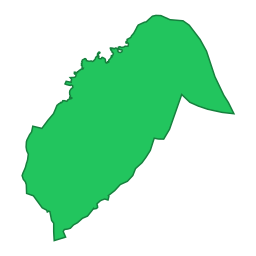 outline of Mobbar, Borno, Nigeria
{"feature_id": "59680162B87872962443621", "entity_name": "Mobbar", "entity_type": "district", "adm_level": 2, "iso_a3": "NGA", "parent_name": "Nigeria", "parent_adm1": "Borno", "projection": "mercator", "projection_center": [12.643, 13.067], "detail": "fine", "context": "isolated", "style": "filled", "palette": "green", "viewbox_px": 256, "rotation_deg": 0, "n_neighbors": 0, "source": "geoboundaries", "source_scale": "gbopen_adm2", "svg_char_len": 4866}
<svg xmlns="http://www.w3.org/2000/svg" viewBox="0 0 256 256"><path d="M163.7,139.1L169.5,129.3L173.8,117.0L181.7,94.5L189.9,102.3L198.4,106.1L207.9,109.3L222.2,112.4L233.9,113.7L228.4,102.6L223.8,95.3L214.9,76.7L206.5,51.2L200.1,39.5L189.2,25.2L183.0,20.8L170.0,19.7L160.9,15.6L155.9,15.4L152.4,16.2L149.5,18.8L146.2,21.9L144.4,22.2L138.3,25.0L137.4,26.4L136.9,27.1L136.7,27.7L135.8,29.5L133.7,33.3L131.6,35.7L130.7,37.5L127.1,39.4L127.2,39.8L127.3,40.2L127.2,40.6L127.1,40.9L126.8,41.1L126.6,41.2L126.4,41.4L126.1,41.5L126.1,41.8L126.1,42.0L126.0,42.4L126.0,42.6L125.9,42.8L126.1,43.0L126.5,43.1L126.8,43.1L127.1,42.7L127.5,42.6L127.7,42.8L127.9,43.0L128.1,43.4L128.4,43.6L128.4,44.4L128.3,45.2L128.1,45.8L128.0,46.2L126.9,46.3L125.1,46.2L123.8,47.1L121.9,47.4L121.4,47.3L121.0,47.3L120.4,47.0L119.9,46.7L119.3,46.9L119.1,47.0L118.9,47.0L118.6,47.1L118.4,47.2L118.4,47.5L118.3,47.8L118.5,48.2L118.6,48.6L119.1,49.2L120.0,49.7L120.5,49.8L121.1,49.7L121.5,49.8L121.8,49.8L121.9,50.0L122.0,50.1L122.1,50.3L122.1,50.5L122.2,50.8L122.1,51.1L122.0,51.4L121.9,51.6L121.7,51.8L121.3,52.1L120.9,52.3L120.6,52.4L120.4,52.5L120.3,52.4L120.1,52.4L119.7,52.4L119.2,52.3L118.9,52.3L118.6,52.1L118.2,51.7L117.9,51.4L117.8,51.2L117.8,50.8L118.0,50.6L118.0,50.3L117.9,50.0L117.9,49.7L117.7,49.4L117.4,49.1L117.1,48.9L117.0,48.6L116.8,48.4L116.5,48.2L116.3,48.1L116.0,48.1L115.8,48.0L115.5,48.0L115.2,48.1L114.5,48.7L113.9,48.8L113.3,48.3L112.2,48.1L111.9,48.1L112.0,48.3L112.1,48.6L111.8,48.8L111.4,49.0L111.2,48.9L111.2,48.5L111.2,48.1L110.9,47.9L110.5,48.0L110.3,48.1L110.4,48.6L110.7,49.4L110.9,49.9L111.1,50.4L111.6,50.9L112.0,51.4L112.2,51.8L112.2,52.3L112.5,52.4L112.8,52.5L113.0,53.0L113.2,53.3L113.4,53.7L113.1,54.5L112.8,55.0L112.5,55.5L112.2,55.6L111.8,55.6L111.5,55.6L111.4,55.8L111.2,56.2L111.3,56.4L111.6,56.3L111.8,56.1L112.0,56.2L112.0,56.4L111.9,57.0L111.7,57.2L111.1,57.4L110.6,58.1L110.0,59.0L109.5,59.4L108.8,60.1L108.7,61.0L108.8,61.7L108.7,62.1L108.4,62.3L108.2,62.3L108.1,62.1L107.8,61.7L107.5,61.7L107.3,62.0L107.6,62.4L107.6,62.6L107.1,62.9L106.5,63.1L106.1,62.9L105.7,62.4L105.4,61.8L105.4,61.4L105.5,60.8L105.3,60.3L105.4,59.9L105.2,59.2L104.7,58.6L103.9,58.2L103.2,57.8L102.9,57.6L102.6,57.4L102.2,57.4L101.8,57.5L101.7,57.6L101.5,58.0L101.4,58.4L101.0,58.7L100.0,58.8L99.2,58.4L98.6,58.2L98.4,57.3L98.2,56.8L98.4,56.5L98.6,56.8L98.9,56.7L98.9,56.4L98.8,56.1L98.4,55.4L98.4,55.0L98.2,54.5L98.2,54.3L98.3,54.1L98.5,54.1L98.6,53.9L98.6,53.7L98.8,53.4L99.3,53.3L99.3,53.2L99.6,53.2L99.9,52.9L99.9,52.4L99.4,52.1L98.7,52.2L98.4,52.5L97.5,53.9L97.5,55.4L97.1,56.2L96.2,56.8L95.5,57.9L95.3,58.7L95.2,59.2L94.2,60.2L94.2,60.3L94.0,60.5L93.8,60.6L93.6,60.9L93.4,61.0L93.2,61.1L93.0,61.3L92.2,61.5L91.9,61.2L91.0,60.9L90.4,61.2L89.1,61.2L88.6,61.2L87.6,60.9L86.5,60.6L86.4,60.6L86.4,60.0L86.1,59.3L85.5,58.7L84.6,58.7L84.0,59.3L83.6,59.3L83.0,59.7L82.4,60.0L82.1,60.9L81.8,61.5L82.1,62.2L82.1,62.8L81.8,63.4L81.5,63.4L81.5,64.1L81.5,64.4L81.8,64.7L81.5,65.3L82.1,65.6L82.1,67.8L82.7,68.2L83.3,68.2L83.0,68.8L82.7,69.1L82.2,69.1L81.2,69.1L80.6,69.7L80.0,70.1L79.7,70.1L79.3,70.4L79.0,70.7L78.6,71.1L78.4,71.3L78.4,71.6L77.5,71.7L77.3,72.2L77.1,72.6L76.9,73.0L76.2,72.9L75.7,72.3L74.4,72.2L74.3,73.6L74.7,74.1L75.5,74.0L75.8,74.3L76.0,74.9L76.0,75.4L75.7,76.3L75.1,77.0L74.7,77.3L73.9,77.4L71.8,77.5L70.2,77.6L70.9,78.4L71.4,78.9L71.6,79.8L71.3,80.5L71.0,81.5L71.1,82.3L66.2,81.3L65.7,82.4L65.0,83.9L66.3,84.5L68.7,85.1L70.0,85.4L70.5,85.4L70.6,85.2L71.2,85.0L71.6,85.0L71.8,85.2L72.2,85.6L72.6,85.7L72.7,86.6L72.9,87.3L72.6,87.8L71.4,88.5L69.8,90.9L69.6,92.3L69.7,94.1L69.8,94.9L70.2,95.3L70.5,96.0L70.4,96.6L69.8,96.9L69.6,97.9L70.3,98.1L71.5,97.7L71.9,98.0L71.8,98.3L71.0,98.7L69.5,99.0L67.8,99.9L67.1,101.0L66.8,101.3L66.5,101.3L65.8,101.0L65.5,101.0L64.6,100.7L64.0,100.7L63.4,100.7L62.8,100.7L62.7,101.0L62.6,101.5L62.2,101.8L62.0,102.1L61.6,102.3L61.4,102.5L60.6,102.5L60.6,103.0L60.3,103.0L58.5,104.0L58.2,104.3L58.1,104.5L57.9,104.7L57.1,105.2L56.7,106.0L55.3,109.5L53.5,113.7L50.7,117.0L47.9,120.3L41.9,128.4L32.8,126.2L31.6,131.9L29.6,134.7L26.9,140.1L26.4,141.8L26.1,147.0L26.7,150.6L28.3,154.1L27.6,159.7L27.1,161.5L26.9,162.2L26.8,162.3L26.7,162.6L26.4,163.6L25.5,167.1L24.7,169.2L23.0,173.0L22.5,174.5L22.1,175.6L23.3,179.3L25.3,181.7L26.3,184.6L26.6,193.4L33.4,195.8L42.2,207.8L46.4,210.0L47.3,211.2L47.1,211.8L47.6,212.0L48.7,211.1L49.9,211.7L51.6,220.4L53.7,223.2L53.7,231.6L54.2,240.6L65.6,237.1L63.2,231.5L64.3,229.5L67.8,229.0L70.4,228.2L73.5,224.9L77.5,222.7L79.3,221.1L82.4,218.3L87.5,216.1L93.6,208.5L93.8,209.0L96.4,208.5L97.6,207.5L97.5,205.8L97.1,205.2L97.1,204.2L97.0,203.8L99.9,201.1L101.4,200.2L104.7,199.0L108.0,200.0L108.9,196.5L108.3,195.6L114.7,190.6L120.3,184.5L127.4,181.3L132.8,175.5L135.5,168.6L142.0,162.7L146.0,157.2L150.3,150.4L154.2,138.2L158.3,139.0L163.7,139.1Z" fill="#22c55e" stroke="#15803d" stroke-width="1.5"/></svg>